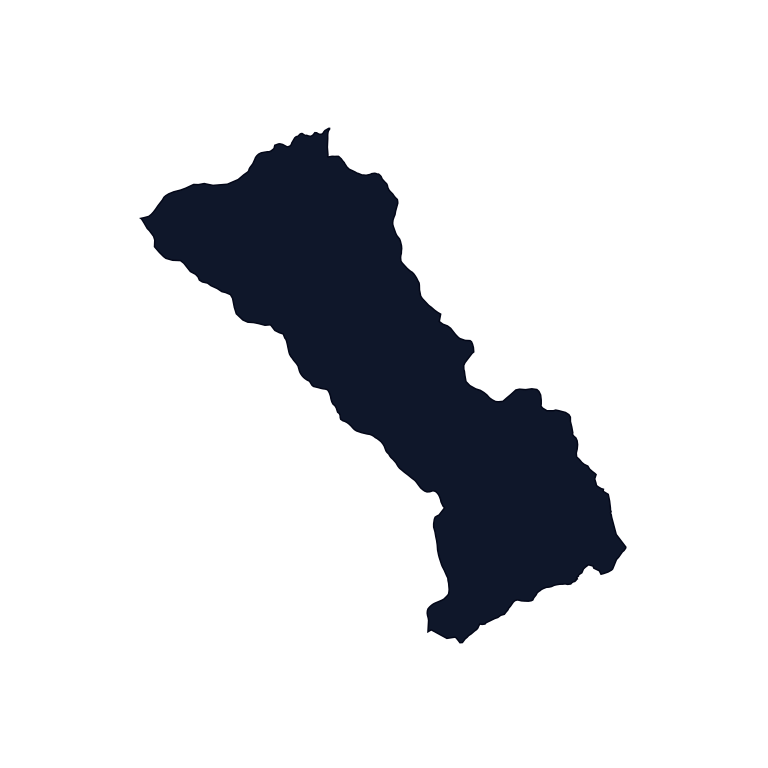 outline of Khoma, Lhuntshi, Bhutan, rotated 127°
{"feature_id": "84629894B14168855768935", "entity_name": "Khoma", "entity_type": "district", "adm_level": 2, "iso_a3": "BTN", "parent_name": "Bhutan", "parent_adm1": "Lhuntshi", "projection": "mercator", "projection_center": [91.309, 27.836], "detail": "fine", "context": "isolated", "style": "filled", "palette": "ink", "viewbox_px": 768, "rotation_deg": 127, "n_neighbors": 0, "source": "geoboundaries", "source_scale": "gbopen_adm2", "svg_char_len": 6159}
<svg xmlns="http://www.w3.org/2000/svg" viewBox="0 0 768 768"><g transform="rotate(127 384 384)"><path d="M555.4,199.8L551.9,198.3L549.3,180.7L543.5,175.0L543.3,173.5L543.4,173.0L543.9,171.4L544.0,170.7L544.9,167.6L543.3,165.8L538.7,165.8L536.3,165.2L533.9,165.0L531.2,164.0L526.6,163.0L524.8,162.4L523.5,162.2L522.4,162.2L520.4,162.7L518.1,163.1L516.9,160.9L514.9,158.9L513.2,158.8L504.6,154.4L502.0,152.6L498.5,151.6L495.5,149.3L493.0,149.3L490.1,149.1L487.9,149.5L485.4,149.3L480.4,149.5L478.3,149.1L476.3,147.7L475.4,146.0L474.5,143.8L472.8,141.2L470.5,137.9L468.5,136.0L467.0,135.2L464.6,135.7L461.0,135.6L458.6,136.0L456.7,135.6L454.8,134.9L453.6,134.7L451.5,133.7L448.7,132.0L446.7,129.8L444.9,128.3L442.4,127.0L440.6,125.5L438.2,123.2L436.3,120.8L434.6,119.0L433.5,116.7L431.3,114.5L429.7,114.4L428.1,113.8L426.9,112.8L425.1,112.5L424.5,112.9L423.3,112.3L422.5,113.7L420.5,113.1L420.3,113.5L418.7,113.5L415.7,112.4L411.7,113.4L409.3,113.0L405.3,111.9L403.6,107.5L404.8,105.6L403.6,99.6L405.3,96.2L403.3,94.6L399.3,91.9L395.6,90.3L394.1,90.1L384.3,92.7L381.1,92.4L374.6,92.6L372.6,92.1L369.7,92.2L368.7,92.7L364.4,108.0L353.4,122.0L351.6,123.9L350.7,125.6L349.4,125.7L348.3,127.3L346.7,128.6L341.6,133.5L337.2,138.5L337.8,144.4L336.0,145.4L336.8,147.5L337.2,150.6L337.2,153.2L335.5,155.2L333.0,158.6L328.7,160.1L328.5,161.9L328.5,165.0L328.2,168.7L326.9,171.8L327.7,175.7L327.6,178.8L326.7,182.6L326.3,186.3L323.4,188.9L319.6,190.6L315.9,192.9L313.1,195.6L311.6,198.3L311.4,201.2L310.7,203.3L309.4,203.8L305.3,208.2L301.8,212.5L298.3,215.2L297.2,217.9L297.5,221.9L300.1,228.3L301.5,231.2L303.4,232.6L307.3,237.8L307.8,243.0L307.1,245.4L305.2,246.5L302.2,248.8L298.5,252.3L296.7,255.8L296.4,258.6L298.9,263.1L303.3,267.5L306.6,272.7L309.4,275.1L316.3,276.4L321.4,277.6L326.3,278.6L329.4,282.0L330.9,284.4L331.5,288.0L331.6,291.5L330.8,295.3L330.7,299.2L331.1,303.3L332.7,307.8L333.6,314.5L332.7,320.0L328.2,324.8L325.4,327.5L324.3,329.0L321.2,331.5L318.2,332.2L306.4,332.1L304.4,331.6L301.1,334.5L298.9,337.3L297.6,339.6L297.6,341.4L300.4,345.5L302.1,351.0L302.0,353.2L301.4,356.8L299.4,364.3L299.4,368.2L300.8,373.0L300.8,377.5L294.1,380.8L294.5,384.0L294.6,388.0L294.3,391.9L294.3,395.7L292.7,404.9L291.7,407.6L287.6,412.2L283.7,415.3L282.2,416.8L281.2,419.0L279.9,421.5L279.0,423.8L278.2,426.2L277.8,428.6L278.0,430.8L277.9,433.1L277.7,435.4L276.4,442.3L275.7,444.4L273.2,446.7L271.5,447.8L269.2,448.8L267.2,450.2L265.3,451.3L263.1,453.2L260.2,456.7L258.9,458.7L257.7,463.2L256.5,465.5L252.7,471.2L251.4,472.9L250.0,474.1L247.4,475.6L244.6,476.5L242.2,477.1L238.9,478.8L231.3,481.8L229.8,483.1L228.6,484.4L228.3,487.1L227.7,489.4L227.0,491.4L226.5,495.0L226.0,496.9L224.8,499.2L223.3,500.9L222.5,502.4L222.2,504.8L221.4,508.8L220.1,511.1L219.8,512.2L219.6,514.6L220.4,515.7L220.8,517.3L221.4,518.4L223.4,520.4L225.0,521.2L228.1,523.9L229.2,525.8L230.3,527.3L231.3,531.2L231.9,532.7L232.0,534.2L232.6,537.4L233.4,541.0L233.0,544.4L232.2,546.4L231.7,547.9L231.1,549.0L230.7,551.1L229.9,553.7L229.8,555.0L229.6,556.6L229.6,557.4L232.1,560.6L233.4,562.5L236.4,565.3L236.3,565.8L234.8,566.6L228.9,571.8L221.9,576.6L218.9,578.9L216.9,580.1L215.0,580.8L213.3,580.8L212.6,581.3L213.1,582.0L217.1,583.7L219.0,583.8L220.7,583.6L222.1,584.2L222.4,584.5L223.2,585.5L223.7,586.6L223.9,589.0L224.9,590.5L226.7,590.5L228.1,590.6L229.4,591.1L230.5,591.8L231.4,593.7L231.9,595.4L232.9,596.5L233.1,597.8L233.2,600.0L233.8,600.8L234.8,601.4L237.9,601.8L238.6,602.3L239.2,602.9L241.1,603.4L247.1,602.7L248.5,602.1L250.6,602.3L252.6,603.6L253.0,604.6L253.7,609.1L254.6,611.2L255.2,612.2L256.0,612.9L259.1,614.9L260.2,614.3L260.6,614.3L261.4,613.8L262.3,613.6L263.3,613.8L265.9,614.5L267.7,615.5L268.5,616.7L271.0,619.1L273.3,621.2L275.9,622.5L278.2,622.9L280.4,622.9L282.6,622.3L287.1,621.3L291.8,621.3L293.7,621.0L294.9,620.4L296.7,620.4L301.4,621.9L308.5,623.5L318.7,629.3L328.3,640.1L331.3,646.4L332.1,648.2L336.5,652.2L339.2,656.1L347.1,660.3L351.6,663.2L357.1,667.6L361.8,670.4L364.9,671.6L367.3,672.1L370.6,671.7L377.6,671.8L381.7,671.6L385.4,671.6L388.6,671.9L391.7,672.7L395.8,675.9L398.1,677.9L398.1,676.9L399.7,672.7L402.3,666.6L402.7,663.7L404.7,656.9L407.0,653.7L412.5,649.9L414.1,642.5L414.9,636.7L414.9,633.8L412.4,627.3L407.9,620.8L408.0,616.6L410.7,606.3L409.8,600.5L410.4,596.9L412.1,594.0L411.8,590.5L409.6,585.6L409.6,581.4L408.1,574.6L407.8,569.1L406.3,565.6L405.0,560.4L406.7,556.5L412.9,549.6L416.8,544.2L417.8,535.2L416.6,530.0L413.4,525.1L411.2,520.5L408.7,514.4L405.2,510.5L405.2,509.5L406.9,503.4L406.0,498.5L404.7,494.6L407.0,490.8L407.4,489.2L408.5,487.5L410.8,484.7L412.0,483.4L415.8,479.0L417.1,477.2L418.1,474.8L418.6,472.8L419.4,470.5L420.4,466.1L421.4,463.4L424.4,459.5L425.4,457.9L426.1,456.2L426.7,454.3L427.1,452.2L427.2,450.4L427.1,447.9L426.6,445.2L428.3,440.8L428.4,438.9L426.4,434.3L425.3,431.5L424.5,429.8L423.3,427.7L422.6,425.6L423.3,423.6L424.3,421.7L426.0,419.3L427.7,417.5L429.6,415.0L430.7,412.7L430.9,410.1L431.8,407.8L434.4,404.1L434.5,401.9L435.6,400.0L437.1,398.8L438.2,397.4L438.1,394.7L437.4,392.7L437.0,390.2L437.0,388.0L437.3,385.2L437.9,382.3L438.2,380.1L438.0,377.7L436.4,372.8L434.1,367.5L432.8,365.1L432.2,363.1L431.9,360.8L432.0,358.7L431.7,356.7L431.7,354.3L431.8,351.7L432.5,348.9L433.5,346.4L436.2,342.2L436.8,340.4L437.1,337.9L437.9,336.3L438.5,334.3L438.8,331.5L439.7,327.1L441.2,323.5L441.9,320.9L442.0,318.3L442.2,314.7L442.2,310.1L442.4,305.5L442.4,301.4L442.8,299.4L443.3,297.7L443.9,295.7L444.9,292.2L445.1,289.2L445.0,287.0L444.3,284.7L442.4,282.5L439.8,280.7L438.8,278.4L438.9,276.3L439.6,273.7L440.7,271.6L442.3,269.2L443.8,267.5L444.9,265.4L446.0,263.3L446.4,261.1L455.5,261.2L457.7,262.3L459.6,263.0L461.7,262.4L465.8,260.2L468.4,258.2L471.3,254.4L474.7,250.8L477.3,247.8L480.5,244.6L484.3,241.3L487.7,237.5L489.2,235.6L493.5,229.5L494.6,227.7L496.5,223.7L499.5,218.4L500.5,216.3L502.4,214.6L504.2,212.5L508.9,208.3L511.0,207.0L513.0,206.0L514.7,206.0L519.7,206.7L521.7,207.6L523.7,208.7L527.8,211.1L529.3,211.9L531.1,212.6L533.1,213.1L534.9,213.4L537.2,213.5L539.1,212.8L541.0,211.6L542.5,210.1L544.4,207.7L546.0,206.1L555.4,199.8Z" fill="#0f172a" stroke="#020617" stroke-width="1.5"/></g></svg>